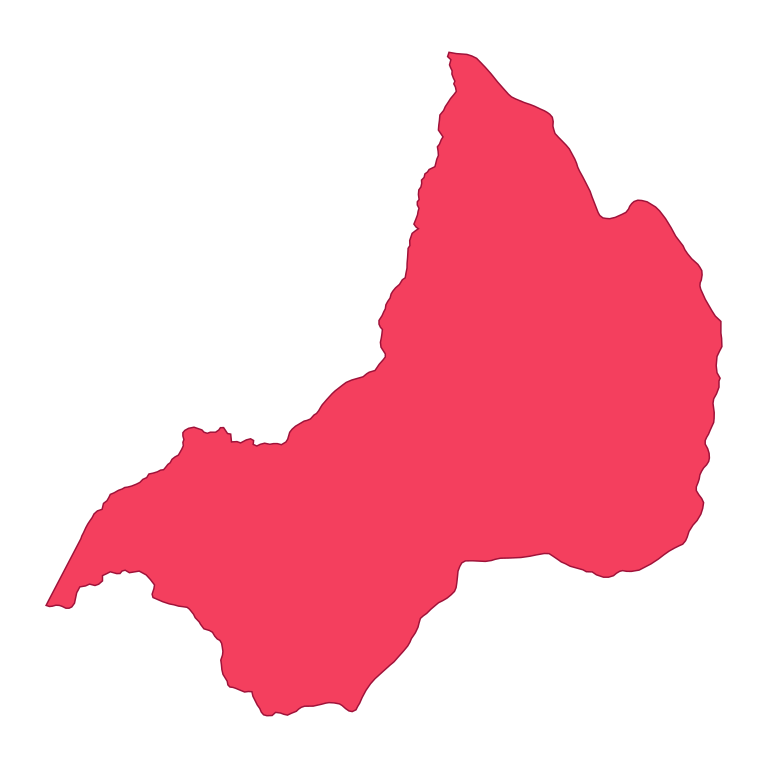 outline of Carlinda, Mato Grosso, Brazil
{"feature_id": "56859067B90935717597858", "entity_name": "Carlinda", "entity_type": "district", "adm_level": 2, "iso_a3": "BRA", "parent_name": "Brazil", "parent_adm1": "Mato Grosso", "projection": "albers", "projection_center": [-55.88, -10.063], "detail": "fine", "context": "isolated", "style": "filled", "palette": "rose", "viewbox_px": 768, "rotation_deg": 0, "n_neighbors": 0, "source": "geoboundaries", "source_scale": "gbopen_adm2", "svg_char_len": 5670}
<svg xmlns="http://www.w3.org/2000/svg" viewBox="0 0 768 768"><path d="M220.8,660.1L221.4,664.5L221.9,669.7L223.0,674.4L227.2,681.2L227.9,684.9L229.9,687.0L233.0,687.4L235.9,688.4L239.7,690.0L244.6,692.0L248.3,691.5L251.9,691.7L252.9,696.2L255.1,700.6L257.3,705.0L259.8,708.5L261.3,712.1L263.6,714.8L266.9,715.7L272.1,715.5L275.6,712.4L280.4,713.0L283.9,714.3L287.5,715.1L291.3,713.3L296.3,711.3L298.6,709.1L301.3,707.3L304.6,706.2L313.3,706.1L321.3,704.3L325.8,703.1L329.0,702.6L334.1,702.9L339.5,703.9L342.1,705.5L345.6,708.6L348.9,710.9L352.2,711.6L356.0,709.8L357.6,706.6L359.7,703.1L362.2,697.4L366.0,690.3L370.5,683.8L375.0,678.7L382.6,671.8L389.8,665.3L394.1,661.7L397.5,657.8L403.4,651.2L407.7,646.0L409.9,642.2L411.4,638.6L413.8,635.1L415.4,632.7L418.0,627.2L419.1,622.8L420.4,618.4L423.3,615.8L426.7,613.4L430.8,609.3L435.7,605.1L438.6,602.7L442.6,600.7L447.2,598.0L451.2,594.7L454.5,591.4L456.1,587.6L456.8,582.8L457.4,577.4L458.0,571.2L459.7,566.6L461.8,562.9L465.4,560.9L469.6,560.8L473.2,560.8L477.1,561.0L485.4,561.4L491.4,560.5L495.2,559.3L500.5,558.2L509.5,558.0L520.9,557.5L530.0,556.2L536.2,554.9L544.2,553.5L549.1,553.6L553.2,556.3L558.9,560.2L561.2,561.9L565.4,563.7L570.1,566.2L583.0,569.8L586.3,571.7L592.2,571.9L596.4,574.8L603.5,577.2L608.5,577.2L613.5,575.7L616.5,573.2L619.7,571.3L622.6,570.6L626.5,571.3L631.3,571.4L639.1,570.1L644.1,567.5L651.0,563.9L658.3,559.1L664.0,554.7L669.1,551.1L674.4,548.1L679.5,545.6L682.7,544.2L685.6,540.7L687.2,537.1L689.0,531.4L692.9,525.2L697.1,520.5L700.9,514.1L702.7,508.4L703.6,502.6L701.7,498.5L698.8,494.7L696.3,490.6L696.3,486.9L698.1,482.4L699.2,479.0L699.9,474.8L701.6,471.2L703.7,467.8L706.6,464.8L708.7,461.4L709.4,458.0L709.1,453.3L707.7,448.7L705.2,444.1L705.2,440.5L706.7,437.2L708.5,434.2L710.1,430.3L713.7,422.4L714.1,418.3L714.2,412.6L713.0,403.3L713.7,398.8L716.5,393.8L719.0,387.2L719.0,381.0L720.1,378.2L717.0,372.7L716.2,365.6L717.0,356.5L719.6,351.0L721.9,346.6L721.6,338.4L720.9,333.1L720.9,321.4L715.3,316.1L712.1,311.1L705.3,299.4L700.7,289.2L699.9,285.8L700.2,282.7L701.3,280.0L702.1,274.9L701.8,270.7L699.9,267.3L697.9,264.4L691.7,258.8L687.6,253.8L684.9,249.8L683.1,245.9L675.7,236.2L671.1,227.7L665.5,218.6L662.6,214.8L659.5,210.8L655.6,207.0L647.1,201.8L641.8,200.5L637.8,200.2L634.1,201.5L631.8,203.5L629.7,206.3L628.6,209.0L625.9,212.4L620.8,214.9L615.2,217.4L609.7,218.7L605.9,218.4L602.9,217.9L599.8,215.5L598.1,212.5L595.7,206.3L592.0,196.8L590.1,191.3L586.1,183.4L582.8,177.0L579.5,171.0L577.7,167.1L576.6,163.4L574.8,159.1L569.3,148.9L566.2,145.2L558.3,137.1L555.0,133.5L553.8,129.7L552.9,126.1L553.2,121.6L552.3,117.2L549.8,114.3L547.5,112.6L544.6,110.9L539.9,108.8L534.7,106.3L530.4,104.6L524.4,102.6L515.5,98.9L511.5,96.9L508.5,94.3L503.7,88.9L497.6,82.0L491.2,74.0L485.2,67.2L482.7,64.6L476.6,58.3L471.9,56.0L466.9,54.4L456.3,53.6L449.0,52.3L447.6,56.6L450.9,59.7L449.5,64.9L450.7,67.9L452.1,70.8L451.9,74.1L453.5,78.4L454.9,81.1L453.8,83.9L455.4,87.0L456.3,91.4L453.8,94.7L450.6,98.5L447.9,102.7L445.3,106.6L443.6,110.5L439.9,115.0L439.4,120.7L438.8,125.1L438.4,130.1L440.8,133.6L443.0,136.9L441.3,139.6L439.4,144.3L437.4,146.8L438.1,151.2L438.4,155.5L436.8,159.2L435.8,163.3L434.9,166.7L432.0,168.1L429.1,169.5L427.5,172.0L424.9,173.9L424.1,177.4L421.5,180.1L421.7,183.4L420.9,187.0L418.8,189.9L418.4,194.5L419.1,199.5L417.3,201.8L417.3,205.0L419.0,208.3L418.1,211.3L417.5,214.9L415.8,219.4L413.9,224.1L416.1,227.1L418.4,228.7L415.0,231.1L412.1,233.4L411.0,236.7L409.7,240.5L409.9,245.6L408.1,248.3L407.9,252.4L407.6,257.4L407.1,263.3L407.0,268.1L405.9,273.6L405.2,277.8L402.3,279.8L399.5,284.4L395.5,287.9L392.8,291.2L391.1,294.0L390.1,298.0L387.8,301.3L385.9,304.8L385.3,308.9L383.8,311.7L382.1,315.6L379.0,320.4L379.0,324.2L380.4,327.2L382.4,329.5L381.9,334.1L381.3,338.0L380.4,342.3L381.0,347.2L385.3,353.9L385.3,357.0L382.9,360.1L379.2,364.3L375.0,370.5L369.2,372.2L366.8,373.7L363.0,376.8L351.8,380.0L346.2,382.4L343.2,384.6L335.1,390.9L332.2,393.6L327.1,399.2L322.3,404.7L320.7,407.2L318.7,410.7L316.5,413.5L314.0,415.0L310.4,419.0L307.0,420.4L304.1,421.1L295.5,426.2L292.0,429.3L289.7,432.3L287.7,439.2L285.9,442.0L281.4,444.7L277.3,443.6L273.6,443.6L269.8,444.3L264.6,443.2L260.3,444.3L256.8,446.0L253.2,444.4L253.6,440.5L250.6,438.8L246.3,439.9L240.6,442.9L237.0,441.6L231.5,441.9L230.7,434.1L227.5,433.5L225.6,430.6L223.6,427.6L220.4,427.7L218.8,430.0L215.6,432.2L210.3,432.2L207.3,433.3L204.0,432.2L201.9,429.9L194.0,427.2L188.6,428.3L184.8,430.4L182.9,432.7L182.9,436.0L183.9,439.6L182.9,442.3L183.3,445.8L181.6,449.5L178.4,455.1L174.9,457.0L172.0,459.3L170.2,462.7L167.9,464.4L165.7,467.2L163.6,469.7L160.6,470.1L157.4,471.8L153.2,473.1L148.9,474.0L146.7,477.6L142.8,479.4L139.9,482.4L136.3,484.2L131.5,486.1L127.6,487.1L124.7,487.5L122.2,489.0L118.5,490.3L113.7,493.0L110.3,494.4L108.9,497.4L106.9,500.8L103.5,503.4L102.1,509.3L97.4,510.9L94.1,513.8L92.1,517.7L89.7,521.1L87.8,524.0L85.8,527.7L83.6,532.5L81.8,536.0L80.9,538.7L77.3,545.6L48.5,600.7L46.1,605.4L49.4,606.5L52.3,606.2L55.9,605.2L59.3,605.4L62.0,606.3L65.9,608.2L69.1,608.2L71.8,606.9L74.5,603.2L76.7,592.7L78.1,590.2L79.8,586.9L85.6,585.9L89.5,584.1L95.0,585.5L98.7,584.2L102.5,580.9L102.5,575.6L106.6,573.7L110.3,571.8L116.7,573.6L120.0,573.5L122.1,571.0L125.2,570.2L129.4,572.7L139.2,571.1L146.2,574.9L150.4,579.5L154.5,584.9L153.9,588.7L152.1,594.2L153.0,597.5L162.7,601.7L169.3,603.9L174.0,604.8L178.5,606.1L183.1,606.7L187.1,607.3L189.5,609.2L193.5,614.2L195.2,617.7L199.2,621.9L200.6,624.4L203.9,628.8L209.5,630.5L212.5,632.3L214.8,636.2L217.3,639.0L219.9,640.4L221.6,643.3L222.3,647.2L222.9,651.4L222.5,655.1L220.8,660.1Z" fill="#f43f5e" stroke="#9f1239" stroke-width="1.5"/></svg>